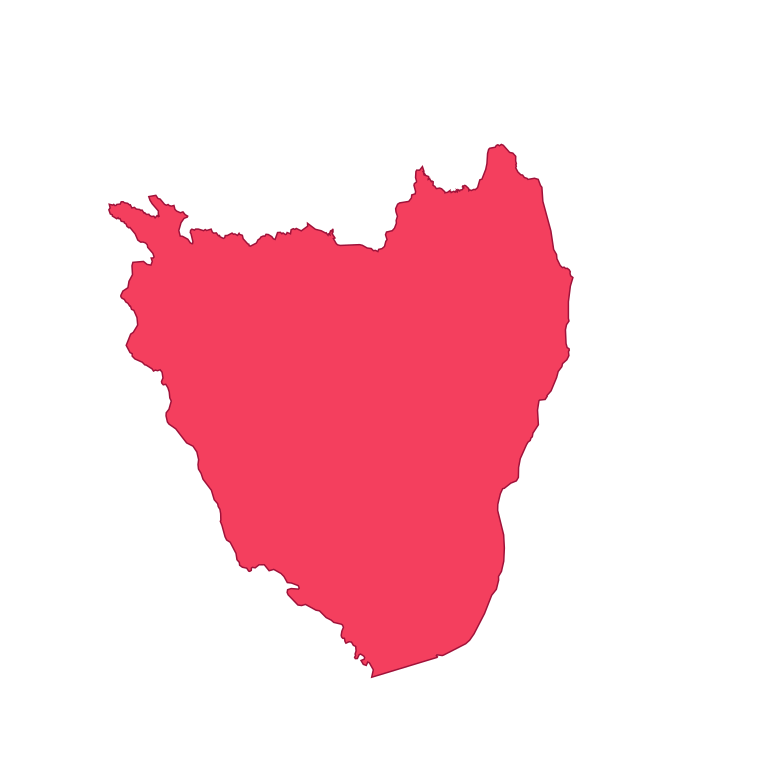 Timor Tengah Selatan, Nusa Tenggara Timur, Indonesia (Equal Earth projection), rotated 337°
{"feature_id": "22746128B39495189442435", "entity_name": "Timor Tengah Selatan", "entity_type": "district", "adm_level": 2, "iso_a3": "IDN", "parent_name": "Indonesia", "parent_adm1": "Nusa Tenggara Timur", "projection": "equal_earth", "projection_center": [124.357, -9.823], "detail": "fine", "context": "isolated", "style": "filled", "palette": "rose", "viewbox_px": 768, "rotation_deg": 337, "n_neighbors": 0, "source": "geoboundaries", "source_scale": "gbopen_adm2", "svg_char_len": 6171}
<svg xmlns="http://www.w3.org/2000/svg" viewBox="0 0 768 768"><g transform="rotate(337 384 384)"><path d="M258.1,649.1L326.0,656.4L326.6,656.0L326.0,654.6L326.9,654.0L331.5,656.7L333.0,656.8L357.7,655.0L362.7,653.3L369.2,649.2L386.9,634.5L400.6,620.5L407.2,616.9L412.9,609.3L414.2,605.9L418.9,602.4L425.0,593.9L430.7,582.0L435.2,569.6L439.2,544.8L441.7,539.3L448.1,530.6L452.3,526.7L454.0,527.0L461.9,524.8L468.0,524.9L471.2,522.5L475.3,513.4L480.3,505.9L491.4,495.6L493.8,493.8L496.5,493.1L498.1,491.2L499.9,490.5L501.9,487.4L510.2,481.8L515.1,468.0L520.0,460.1L520.9,459.6L526.3,461.2L529.4,459.1L529.5,458.3L535.1,455.6L545.4,445.5L549.2,440.6L554.5,437.5L556.3,435.0L561.8,433.1L565.3,430.1L566.4,426.4L567.8,425.2L568.1,423.7L566.8,422.1L567.4,417.8L572.2,405.0L575.2,400.7L578.9,398.3L579.4,395.6L585.9,380.3L593.8,366.7L599.5,359.8L598.1,357.3L598.5,354.6L599.3,353.5L599.1,351.3L597.9,349.1L596.3,348.6L595.4,346.8L593.7,346.6L592.5,343.8L592.1,336.3L593.4,332.2L592.7,326.5L597.4,308.4L601.6,277.9L606.2,264.6L605.6,262.4L605.9,255.9L602.9,253.4L596.4,251.9L596.0,250.6L593.9,248.8L593.2,245.8L591.7,244.9L590.1,241.2L589.7,236.4L590.9,235.3L591.0,233.6L591.9,233.1L592.3,230.2L594.2,225.9L592.8,221.8L590.1,219.9L587.1,210.9L585.6,209.3L583.4,209.8L582.3,208.3L580.6,208.3L578.9,209.5L573.4,208.3L572.0,208.9L569.4,212.3L564.9,221.3L561.5,226.2L554.2,233.7L552.0,233.5L546.9,239.8L543.8,240.8L542.9,240.0L539.9,240.0L538.8,238.8L537.7,239.2L538.3,237.1L536.6,233.3L535.8,232.7L534.4,232.8L534.2,233.7L533.7,232.7L533.2,233.2L533.8,234.5L531.8,235.7L529.7,235.2L529.1,235.8L528.1,234.1L527.7,234.6L527.1,234.0L527.3,234.9L526.4,235.9L525.6,234.4L524.4,235.2L523.6,233.9L520.6,234.0L520.6,232.8L519.4,232.4L519.9,231.8L517.3,232.4L514.8,231.8L515.1,230.9L513.3,226.8L511.8,225.4L508.5,224.6L508.0,222.0L506.8,220.3L508.3,217.0L507.5,216.0L506.7,216.2L506.2,213.1L505.2,213.0L505.8,212.6L505.0,212.3L506.1,211.1L506.0,210.4L502.6,207.1L502.9,205.7L503.5,206.3L503.0,203.7L503.9,203.7L504.3,198.9L500.3,201.1L497.7,199.9L496.4,200.9L493.7,206.3L493.2,210.0L492.6,210.9L490.3,211.4L489.2,212.8L488.3,219.1L487.1,221.1L483.4,220.8L481.9,223.5L478.1,225.6L469.2,223.4L466.8,223.8L463.2,227.2L462.3,230.2L461.9,234.9L459.1,238.2L458.2,240.9L454.5,244.7L451.5,246.1L445.7,245.1L443.7,247.2L443.2,252.3L441.4,253.4L438.2,257.6L435.0,258.6L431.7,258.0L430.1,259.7L428.4,257.7L426.3,257.1L425.2,254.3L421.7,252.3L418.3,247.9L416.0,246.2L397.7,239.3L395.6,237.7L394.9,236.1L394.2,230.4L395.9,230.4L395.0,225.4L396.5,224.1L397.6,221.2L395.8,223.1L395.7,222.1L394.6,222.2L392.8,224.1L392.5,225.5L391.6,224.2L390.6,225.2L389.9,222.2L389.2,222.2L386.1,218.4L381.3,214.8L376.4,206.2L375.4,208.9L367.7,210.7L364.0,206.5L362.4,206.9L361.2,205.6L358.8,205.7L356.6,209.2L354.0,206.7L352.7,207.9L351.6,207.9L350.1,205.5L348.7,205.8L347.9,203.9L345.2,203.0L340.2,208.4L338.9,207.1L338.3,204.5L335.9,201.2L333.9,200.1L332.1,201.4L330.7,200.6L328.1,200.6L326.4,201.8L324.5,202.0L321.6,204.4L315.0,204.9L313.9,204.0L314.2,202.5L313.3,201.8L311.1,195.3L311.7,191.8L309.4,189.7L309.4,188.7L307.2,190.0L305.4,187.6L304.0,187.4L303.1,185.7L297.8,186.1L295.9,185.3L294.5,187.1L293.0,187.2L290.6,184.4L290.6,183.0L289.5,182.9L288.7,179.4L286.1,178.6L285.3,176.9L285.4,173.9L280.7,173.4L279.8,172.0L277.9,172.4L273.7,168.9L271.1,167.8L269.7,168.3L267.6,166.4L266.0,167.0L264.8,169.0L265.1,170.1L263.7,178.4L262.6,180.0L262.0,179.8L260.8,178.3L260.0,174.1L256.3,169.4L254.2,168.2L255.1,162.5L260.2,156.2L264.7,153.4L268.2,153.5L268.9,152.8L267.1,150.4L266.2,147.0L263.5,146.8L260.7,143.8L259.8,141.6L260.4,137.6L257.8,137.2L256.1,135.9L255.4,134.4L253.5,134.4L252.2,132.9L250.2,126.3L248.4,124.9L247.7,121.2L240.7,119.6L240.4,123.4L241.0,127.4L243.9,136.5L242.7,139.3L242.5,141.7L241.7,141.8L241.0,140.3L238.2,141.6L237.7,139.6L235.5,139.0L234.1,137.2L233.9,135.9L231.6,135.1L230.7,132.9L230.0,133.0L229.2,129.3L227.9,129.2L227.3,127.9L224.3,126.2L223.3,123.9L220.7,123.4L220.5,119.9L219.8,119.8L218.6,117.5L215.9,115.8L215.1,114.3L213.3,113.6L211.5,115.3L208.2,114.3L207.1,114.9L205.9,114.5L205.4,113.1L204.2,113.3L201.3,111.2L200.7,114.9L198.8,116.1L198.5,120.5L200.0,122.1L199.6,123.3L202.6,127.5L204.2,127.0L204.5,128.3L205.6,128.6L205.7,131.5L208.2,133.3L207.9,134.2L209.1,136.0L209.0,138.5L210.2,140.6L211.3,140.7L213.6,148.6L213.6,155.3L215.4,158.3L217.7,159.2L219.6,161.0L220.5,163.3L219.9,165.9L222.3,173.4L222.0,177.2L220.9,177.8L218.9,177.1L218.6,180.6L215.9,183.5L212.6,181.3L210.5,177.2L200.4,173.9L198.2,176.7L195.2,185.1L189.4,189.8L185.9,195.3L180.0,196.4L176.4,199.6L175.9,200.8L176.3,202.6L178.0,204.7L178.4,207.6L179.8,209.6L180.4,213.0L181.0,213.2L180.8,216.6L182.5,218.5L182.6,226.3L180.3,233.5L173.4,238.5L170.3,239.1L161.8,247.7L162.5,255.8L164.0,257.7L163.1,260.0L164.5,263.6L170.0,269.5L171.3,272.9L172.5,273.7L176.4,279.4L176.9,282.0L179.0,281.9L180.8,283.3L183.5,283.4L184.3,286.5L182.9,292.1L180.2,294.7L179.8,296.3L180.5,298.5L183.0,299.0L183.6,302.9L183.2,307.4L181.4,313.1L181.5,316.6L176.2,323.2L172.3,325.4L170.9,328.2L169.8,334.3L170.4,336.9L174.8,343.9L179.3,361.1L183.9,366.6L185.2,373.4L183.8,381.2L181.3,385.5L180.0,389.8L180.7,394.8L180.2,400.9L183.6,414.3L182.5,424.2L184.1,429.2L183.5,432.1L184.0,435.2L183.0,439.5L180.6,445.6L179.7,446.4L179.6,450.9L178.0,462.5L178.2,466.1L180.6,469.6L181.6,482.1L180.0,488.3L181.1,491.7L180.3,494.4L182.0,497.3L185.7,499.9L186.3,503.3L187.2,504.0L189.0,503.7L190.0,501.7L191.1,501.3L193.6,502.9L198.3,501.6L203.2,503.6L205.3,511.0L210.1,511.6L215.2,518.2L216.7,522.1L217.4,529.0L221.0,531.0L226.3,536.1L226.2,538.7L225.1,539.4L218.6,536.0L214.9,535.7L213.4,538.0L213.4,540.6L218.4,553.8L221.5,555.7L225.6,556.2L233.0,565.6L236.0,567.6L239.5,576.4L243.1,580.7L244.6,583.8L250.7,588.3L251.6,589.6L251.6,592.1L248.6,595.1L246.4,598.6L246.1,600.3L246.7,602.0L248.2,602.6L247.5,605.8L247.7,607.7L251.2,607.6L253.2,608.9L253.7,612.6L255.4,614.5L254.0,618.8L251.9,621.3L251.7,622.9L250.1,624.1L250.3,625.6L252.2,626.3L255.3,623.5L256.9,623.4L259.1,626.6L259.3,628.2L258.2,629.6L254.8,629.5L255.4,634.0L257.7,636.1L260.4,633.6L261.6,635.0L262.5,642.9L258.1,649.1Z" fill="#f43f5e" stroke="#9f1239" stroke-width="1.5"/></g></svg>